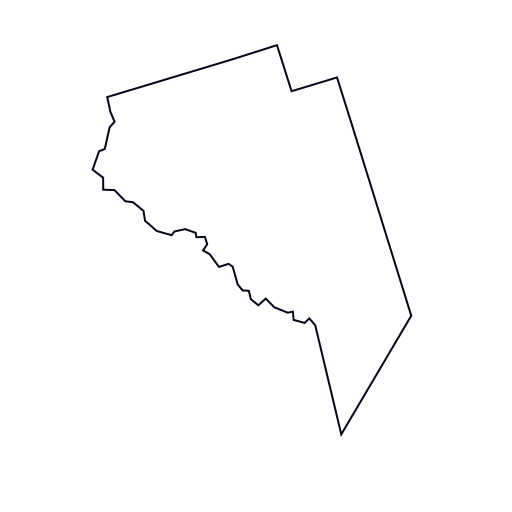 the district of Okeechobee, Florida, United States of America, rotated 343°
{"feature_id": "52423323B15399017802977", "entity_name": "Okeechobee", "entity_type": "district", "adm_level": 2, "iso_a3": "USA", "parent_name": "United States of America", "parent_adm1": "Florida", "projection": "robinson", "projection_center": [-80.998, 27.301], "detail": "fine", "context": "isolated", "style": "outline", "palette": "ink", "viewbox_px": 512, "rotation_deg": 343, "n_neighbors": 0, "source": "geoboundaries", "source_scale": "gbopen_adm2", "svg_char_len": 748}
<svg xmlns="http://www.w3.org/2000/svg" viewBox="0 0 512 512"><g transform="rotate(343 256 256)"><path d="M385.7,108.9L338.2,108.8L337.7,60.5L291.4,61.0L160.2,60.5L158.9,75.5L160.0,86.2L153.7,90.1L142.7,109.4L136.5,110.0L125.0,125.7L132.7,136.4L129.3,147.9L139.9,151.6L147.1,165.5L154.1,168.6L161.6,180.0L160.2,189.9L168.4,203.1L181.4,211.4L185.2,208.7L196.1,209.6L205.1,216.2L204.5,220.6L212.7,222.8L212.8,230.4L207.0,235.2L212.2,240.7L217.4,255.6L227.5,255.5L230.6,259.4L230.2,277.8L233.1,285.0L239.0,287.2L238.4,295.7L243.8,303.8L252.9,299.6L258.5,310.4L269.8,319.5L275.0,320.0L273.3,328.1L282.9,334.2L288.7,331.3L292.4,339.5L285.4,451.5L387.0,358.5L386.8,310.3L386.1,158.4L385.7,108.9Z" fill="none" stroke="#020617" stroke-width="2"/></g></svg>